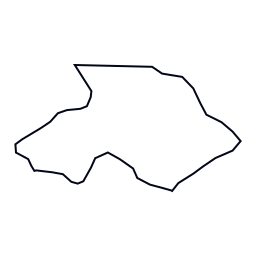 Vingåker, Södermanland, Sweden (Robinson projection)
{"feature_id": "70781695B34612539381669", "entity_name": "Vingåker", "entity_type": "district", "adm_level": 2, "iso_a3": "SWE", "parent_name": "Sweden", "parent_adm1": "Södermanland", "projection": "robinson", "projection_center": [15.877, 59.087], "detail": "fine", "context": "isolated", "style": "outline", "palette": "ink", "viewbox_px": 256, "rotation_deg": 0, "n_neighbors": 0, "source": "geoboundaries", "source_scale": "gbopen_adm2", "svg_char_len": 637}
<svg xmlns="http://www.w3.org/2000/svg" viewBox="0 0 256 256"><path d="M172.1,191.0L178.3,183.1L193.4,173.6L203.4,166.2L215.5,158.0L232.6,150.6L240.6,141.1L232.6,131.6L221.5,122.2L206.4,114.7L200.3,103.2L193.3,88.4L182.2,76.9L162.1,73.6L152.1,66.8L74.8,65.0L91.4,91.1L90.7,97.2L86.9,106.2L80.4,108.8L66.9,110.1L57.9,113.2L50.2,121.8L40.5,128.3L22.5,139.1L15.4,144.3L16.0,152.6L28.2,159.1L31.4,166.0L34.4,170.9L36.3,170.4L52.4,172.3L62.9,174.2L71.3,181.8L77.7,183.6L83.3,181.3L91.0,167.6L95.2,158.2L107.8,152.5L119.7,159.1L133.1,168.5L137.3,178.0L149.9,184.6L170.9,190.3L172.1,191.0Z" fill="none" stroke="#020617" stroke-width="2"/></svg>